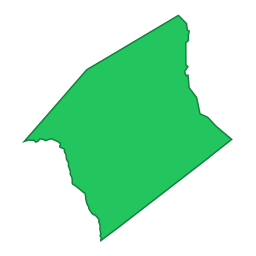 the district of Anderson, South Carolina, United States of America
{"feature_id": "52423323B54252786462612", "entity_name": "Anderson", "entity_type": "district", "adm_level": 2, "iso_a3": "USA", "parent_name": "United States of America", "parent_adm1": "South Carolina", "projection": "albers", "projection_center": [-82.736, 34.515], "detail": "fine", "context": "isolated", "style": "filled", "palette": "green", "viewbox_px": 256, "rotation_deg": 0, "n_neighbors": 0, "source": "geoboundaries", "source_scale": "gbopen_adm2", "svg_char_len": 1265}
<svg xmlns="http://www.w3.org/2000/svg" viewBox="0 0 256 256"><path d="M178.4,15.4L165.9,22.8L133.3,42.1L121.1,49.4L86.9,69.6L73.1,85.4L70.8,88.0L69.4,89.7L66.3,93.3L24.3,141.4L28.2,140.1L33.9,140.3L35.8,142.1L38.0,141.2L40.0,138.8L43.8,139.5L44.6,140.4L45.5,140.6L49.9,139.1L51.7,138.9L57.7,141.5L59.6,142.9L60.5,144.3L60.2,145.3L59.9,145.6L59.7,146.4L60.0,147.3L63.1,148.4L64.1,149.0L64.5,149.5L64.4,151.7L64.7,152.4L66.0,154.5L66.4,158.9L67.3,160.9L68.2,162.0L68.4,163.2L68.5,166.4L68.8,167.1L70.2,170.9L70.4,171.8L70.2,173.6L70.3,174.5L71.8,177.3L72.3,180.5L72.2,182.3L72.3,183.4L72.7,184.1L75.9,186.1L78.2,188.0L80.0,189.4L83.6,192.6L84.5,192.7L84.9,193.2L85.7,196.4L85.6,197.8L85.8,199.2L87.1,204.1L88.6,206.9L89.1,209.2L91.1,212.1L91.9,213.4L93.7,214.8L94.4,214.6L94.7,214.8L96.8,216.8L98.4,218.8L99.4,220.4L98.8,221.3L98.7,221.5L100.2,225.6L99.9,228.4L99.9,229.1L100.8,233.9L100.4,234.9L100.1,235.8L101.3,237.8L101.3,238.2L100.7,239.9L100.8,240.6L118.7,227.2L208.0,158.2L209.3,157.1L212.5,154.5L231.7,139.4L216.0,126.2L207.7,117.3L200.0,113.8L196.6,97.5L189.1,87.7L188.0,75.2L186.3,75.9L184.5,71.7L187.9,66.7L185.9,64.9L185.8,42.7L188.3,40.6L188.4,35.4L189.2,31.1L187.3,30.0L186.5,23.6L178.4,15.4Z" fill="#22c55e" stroke="#15803d" stroke-width="1.5"/></svg>